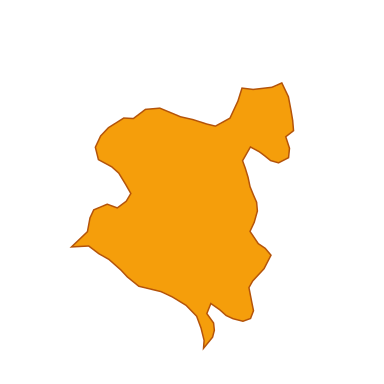 outline of Kampyli, Cyprus, rotated 25°
{"feature_id": "46923920B20752671423120", "entity_name": "Kampyli", "entity_type": "district", "adm_level": 2, "iso_a3": "CYP", "parent_name": "Cyprus", "parent_adm1": "", "projection": "albers", "projection_center": [33.105, 35.307], "detail": "fine", "context": "isolated", "style": "filled", "palette": "amber", "viewbox_px": 384, "rotation_deg": 25, "n_neighbors": 0, "source": "geoboundaries", "source_scale": "gbopen_adm2", "svg_char_len": 1140}
<svg xmlns="http://www.w3.org/2000/svg" viewBox="0 0 384 384"><g transform="rotate(25 192 192)"><path d="M268.5,328.8L272.0,314.9L270.7,307.9L266.9,301.6L256.8,295.9L256.2,285.1L266.9,287.0L275.1,289.5L282.7,289.5L292.8,287.6L298.5,281.9L297.9,273.6L292.8,266.7L284.0,254.6L284.6,247.0L289.7,231.1L290.3,215.9L282.1,212.1L273.9,210.8L261.2,203.2L261.2,193.1L259.3,181.6L254.9,174.0L249.2,169.0L242.3,162.6L236.6,155.0L230.3,148.0L224.6,142.3L225.9,126.5L236.0,127.1L242.3,128.4L249.9,130.3L258.1,129.0L265.0,120.1L261.9,111.2L253.6,102.3L258.1,93.5L253.0,84.6L247.3,76.3L239.1,64.9L227.3,55.2L220.2,63.3L204.1,73.2L193.4,76.7L195.2,90.2L195.2,109.0L185.4,122.4L176.5,124.2L162.2,126.0L149.7,128.7L127.4,129.6L114.9,136.8L107.8,150.2L98.9,153.8L89.1,169.0L85.5,179.8L85.5,192.3L93.5,202.2L108.7,203.1L117.6,205.8L128.3,212.9L137.2,219.2L136.3,228.2L131.0,238.0L120.3,238.9L110.5,249.7L110.5,258.6L114.0,272.1L106.0,292.7L121.2,284.6L133.6,287.3L145.2,288.2L160.4,292.7L169.3,296.3L183.6,299.9L205.9,295.4L218.4,295.4L234.5,297.2L248.7,302.6L257.7,311.5L265.7,321.4L268.5,328.8Z" fill="#f59e0b" stroke="#b45309" stroke-width="1.5"/></g></svg>